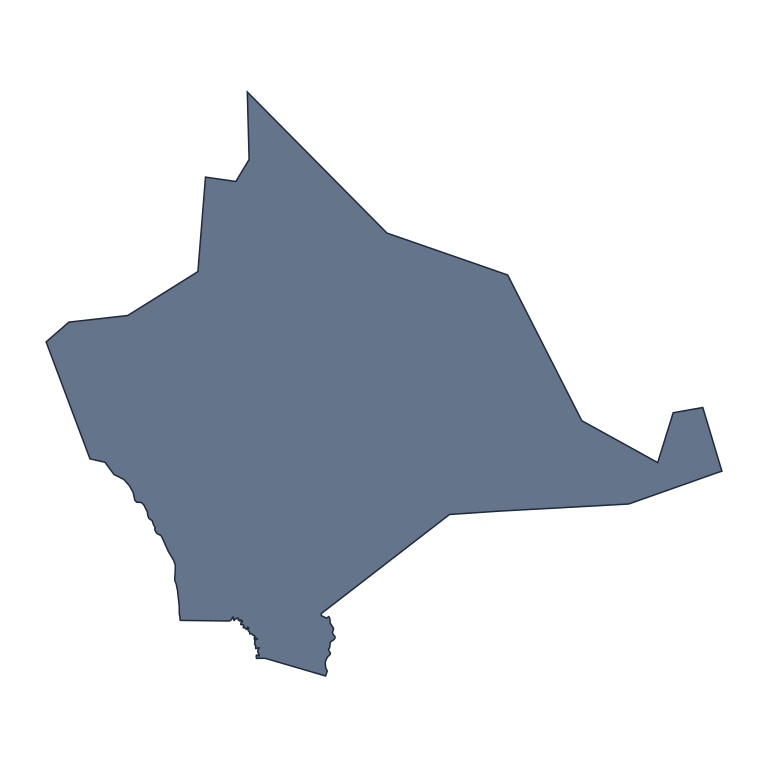 Magwi, Eastern Equatoria, South Sudan (Natural Earth projection)
{"feature_id": "79223893B80026525075144", "entity_name": "Magwi", "entity_type": "district", "adm_level": 2, "iso_a3": "SSD", "parent_name": "South Sudan", "parent_adm1": "Eastern Equatoria", "projection": "natural_earth1", "projection_center": [32.092, 3.938], "detail": "fine", "context": "isolated", "style": "filled", "palette": "slate", "viewbox_px": 768, "rotation_deg": 0, "n_neighbors": 0, "source": "geoboundaries", "source_scale": "gbopen_adm2", "svg_char_len": 2310}
<svg xmlns="http://www.w3.org/2000/svg" viewBox="0 0 768 768"><path d="M90.0,458.9L105.0,462.3L114.0,474.5L123.9,479.5L129.5,485.9L133.1,492.4L134.8,500.2L136.6,502.2L141.3,502.5L143.8,504.9L147.3,511.9L147.7,515.0L148.6,518.0L150.1,519.3L152.1,520.6L153.4,524.5L155.0,527.4L154.7,529.7L156.4,532.9L158.1,534.2L160.9,535.5L162.1,537.6L165.3,544.8L168.2,551.2L173.5,560.1L175.3,565.0L175.1,573.7L174.7,579.5L175.1,581.4L176.2,584.1L177.6,591.1L178.5,599.2L179.2,606.3L179.3,613.9L180.0,617.3L180.0,620.0L180.4,620.4L228.8,621.0L230.5,620.6L231.6,619.0L232.5,617.4L233.3,617.1L233.4,618.0L233.3,619.1L233.7,620.0L234.3,620.4L234.7,619.2L235.9,619.1L236.6,618.3L237.3,617.9L238.3,618.2L238.3,619.0L238.2,620.0L239.3,620.5L239.9,621.0L240.0,619.8L241.1,620.1L241.5,620.8L242.3,621.1L242.4,621.9L241.3,622.4L240.8,623.7L240.7,624.4L241.3,624.8L242.3,624.5L243.4,625.0L243.8,626.1L243.2,626.8L243.3,627.7L244.3,627.9L245.3,628.0L246.1,629.2L246.7,628.8L247.7,627.2L248.6,627.6L248.5,628.6L247.6,629.4L248.5,630.8L249.3,631.6L249.5,632.4L249.8,633.1L249.8,633.8L250.5,633.8L251.8,633.7L252.2,634.2L252.4,634.8L253.3,635.3L254.4,635.6L254.9,636.3L254.4,637.0L254.3,638.5L254.4,639.2L254.9,638.9L255.7,638.0L256.7,638.4L257.2,639.0L256.3,639.0L256.0,639.5L255.3,640.3L254.8,640.9L254.7,642.3L254.8,643.2L254.6,644.3L255.6,645.6L255.8,646.4L255.6,647.1L255.5,647.9L255.8,648.6L257.1,648.3L258.2,647.7L259.1,647.9L258.6,648.8L258.1,649.5L257.8,650.7L257.8,651.8L258.3,653.0L258.7,654.2L259.1,655.1L259.1,655.9L258.2,655.7L257.3,655.1L256.4,655.1L256.3,655.9L256.2,657.2L256.6,658.4L265.0,658.3L325.6,676.0L326.5,673.4L327.3,670.9L325.8,668.2L325.4,664.9L325.3,662.2L326.2,659.5L327.1,657.8L328.1,656.3L329.1,655.6L330.2,654.2L330.4,653.2L329.0,650.7L328.6,649.1L329.6,647.8L330.4,642.0L333.5,640.0L335.0,638.3L335.0,636.5L333.6,635.1L332.8,633.6L332.5,632.2L333.4,629.9L333.5,628.1L332.0,625.8L330.1,623.0L330.1,620.2L329.5,617.6L328.8,616.6L327.4,617.5L326.4,618.1L323.0,616.3L321.7,616.0L321.2,615.0L321.5,613.4L449.5,514.5L498.3,511.2L628.7,504.0L716.1,473.1L721.9,471.2L702.8,407.5L673.2,412.7L657.7,462.6L581.8,420.7L507.7,275.0L387.0,233.1L247.3,92.0L249.1,159.5L235.8,181.5L205.5,177.1L197.9,271.6L127.7,315.5L68.9,322.1L46.1,341.9L48.3,347.7L90.0,458.9Z" fill="#64748b" stroke="#1e293b" stroke-width="1.5"/></svg>